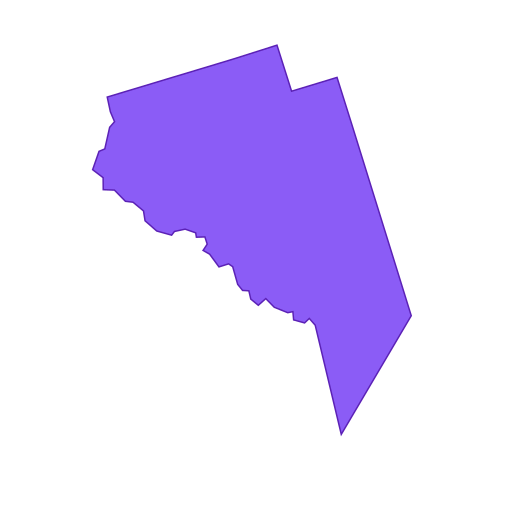 Okeechobee, Florida, United States of America (Robinson projection), rotated 343°
{"feature_id": "52423323B15399017802977", "entity_name": "Okeechobee", "entity_type": "district", "adm_level": 2, "iso_a3": "USA", "parent_name": "United States of America", "parent_adm1": "Florida", "projection": "robinson", "projection_center": [-80.998, 27.301], "detail": "fine", "context": "isolated", "style": "filled", "palette": "violet", "viewbox_px": 512, "rotation_deg": 343, "n_neighbors": 0, "source": "geoboundaries", "source_scale": "gbopen_adm2", "svg_char_len": 753}
<svg xmlns="http://www.w3.org/2000/svg" viewBox="0 0 512 512"><g transform="rotate(343 256 256)"><path d="M385.7,108.9L338.2,108.8L337.7,60.5L291.4,61.0L160.2,60.5L158.9,75.5L160.0,86.2L153.7,90.1L142.7,109.4L136.5,110.0L125.0,125.7L132.7,136.4L129.3,147.9L139.9,151.6L147.1,165.5L154.1,168.6L161.6,180.0L160.2,189.9L168.4,203.1L181.4,211.4L185.2,208.7L196.1,209.6L205.1,216.2L204.5,220.6L212.7,222.8L212.8,230.4L207.0,235.2L212.2,240.7L217.4,255.6L227.5,255.5L230.6,259.4L230.2,277.8L233.1,285.0L239.0,287.2L238.4,295.7L243.8,303.8L252.9,299.6L258.5,310.4L269.8,319.5L275.0,320.0L273.3,328.1L282.9,334.2L288.7,331.3L292.4,339.5L285.4,451.5L387.0,358.5L386.8,310.3L386.1,158.4L385.7,108.9Z" fill="#8b5cf6" stroke="#5b21b6" stroke-width="1.5"/></g></svg>